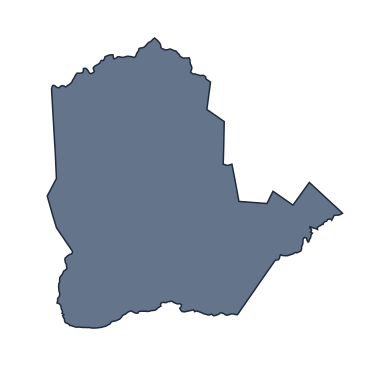 outline of Macaúbas, Bahia, Brazil, rotated 277°
{"feature_id": "56859067B64074921984300", "entity_name": "Macaúbas", "entity_type": "district", "adm_level": 2, "iso_a3": "BRA", "parent_name": "Brazil", "parent_adm1": "Bahia", "projection": "mercator", "projection_center": [-42.712, -13.173], "detail": "fine", "context": "isolated", "style": "filled", "palette": "slate", "viewbox_px": 384, "rotation_deg": 277, "n_neighbors": 0, "source": "geoboundaries", "source_scale": "gbopen_adm2", "svg_char_len": 4082}
<svg xmlns="http://www.w3.org/2000/svg" viewBox="0 0 384 384"><g transform="rotate(277 192 192)"><path d="M75.8,252.1L89.8,259.4L94.5,261.9L113.4,271.8L132.4,281.9L134.3,282.9L134.9,284.7L135.4,286.2L136.9,286.8L138.7,287.0L140.4,287.4L140.0,289.1L140.0,291.0L140.4,294.5L141.3,296.3L142.1,298.2L143.2,300.3L144.6,301.8L144.3,303.3L145.2,304.7L145.9,306.0L146.8,307.3L149.0,307.7L151.1,307.5L153.9,308.3L156.4,308.2L158.5,307.9L160.6,309.1L160.4,311.1L158.2,312.0L156.4,313.3L157.6,314.2L159.3,314.4L160.7,315.2L162.3,315.4L163.9,315.4L165.9,316.5L166.7,314.4L167.9,315.3L169.6,315.1L170.6,313.4L172.0,313.3L171.5,315.1L171.0,317.2L170.7,319.3L170.2,321.2L171.9,320.6L173.2,321.8L174.3,323.5L175.4,324.7L176.0,326.1L177.4,326.2L178.8,327.6L179.3,329.0L181.1,329.9L181.9,331.5L182.0,333.1L181.0,334.1L183.4,335.0L186.0,335.9L186.7,337.9L186.7,339.5L187.2,340.8L188.0,342.4L189.3,344.0L204.2,323.3L215.8,307.3L191.3,293.8L202.6,272.3L189.7,267.8L188.4,239.7L207.3,233.8L211.4,232.5L224.5,228.2L223.6,226.3L222.9,224.8L222.7,223.0L223.3,220.9L223.4,219.5L228.0,219.2L242.5,217.8L265.8,215.4L268.9,209.6L275.7,196.7L303.4,197.0L305.8,192.2L308.1,191.4L309.2,189.2L308.9,187.5L308.6,185.9L309.1,183.0L309.5,180.7L309.4,178.6L310.5,176.1L312.2,176.3L314.2,176.8L316.2,176.5L319.2,174.7L321.2,174.1L323.0,173.9L324.9,172.7L324.3,170.5L324.2,168.7L323.8,167.0L324.5,165.3L325.0,163.9L326.6,162.8L328.5,160.6L330.0,158.8L330.1,156.9L331.0,154.5L331.3,152.7L330.4,150.7L329.6,148.2L330.3,146.8L330.6,145.0L331.6,143.5L333.7,143.0L335.4,142.2L337.0,140.7L338.2,139.3L339.3,137.6L340.3,136.2L338.9,134.6L337.1,133.4L335.9,132.0L334.9,130.4L333.2,129.3L331.5,128.2L330.4,127.3L329.1,125.4L328.6,123.0L327.7,121.9L325.6,121.7L324.3,120.9L323.0,120.3L321.3,119.9L319.5,119.4L318.5,118.1L318.9,116.0L319.0,113.8L318.9,111.2L317.9,109.0L317.3,107.4L317.1,105.3L317.5,103.4L317.1,101.7L315.6,100.3L314.7,98.4L315.8,97.5L318.5,96.9L318.4,95.4L317.8,93.2L317.1,91.6L315.5,89.1L313.2,88.7L311.8,88.1L311.5,85.8L308.6,84.7L306.7,82.4L305.2,80.2L303.0,78.8L301.4,79.4L299.7,80.4L297.9,78.9L297.1,76.6L298.0,75.3L299.4,74.2L301.0,73.0L301.8,71.1L301.4,69.2L299.8,69.3L298.4,69.4L297.0,68.7L296.3,66.4L296.0,63.5L294.1,62.2L292.6,61.7L291.2,61.2L288.5,60.0L286.4,59.3L284.9,58.2L283.7,57.0L282.5,55.5L280.8,53.8L281.6,52.2L281.7,49.5L279.4,47.5L279.2,45.4L280.2,43.7L281.0,42.5L280.7,40.8L279.3,40.3L277.2,40.0L221.2,50.2L213.7,51.6L188.8,55.8L170.4,48.8L150.9,57.0L139.9,61.9L129.5,71.0L118.6,80.5L116.8,80.6L115.7,79.7L115.2,78.3L113.8,76.6L112.3,75.3L110.9,74.1L109.1,74.1L106.6,74.9L104.8,76.1L102.9,76.6L100.4,77.1L98.7,75.3L97.7,74.2L96.3,73.8L94.8,73.4L92.8,72.2L91.2,71.3L88.9,71.2L86.8,71.6L84.8,71.0L82.1,71.1L77.6,72.0L76.0,72.8L74.2,73.2L72.2,73.0L69.8,71.6L68.4,71.8L66.9,71.8L65.4,71.5L65.1,73.0L64.4,74.7L62.2,76.0L60.0,76.5L58.7,77.5L57.2,78.1L55.8,77.7L54.6,79.7L53.7,78.7L52.0,79.5L50.6,80.7L48.8,81.2L47.0,82.1L46.4,83.8L46.0,85.7L44.7,86.8L44.6,88.8L44.2,90.7L43.9,92.1L43.7,93.7L44.1,95.5L44.2,97.7L44.2,100.2L44.5,102.0L44.6,104.0L44.9,106.0L44.9,107.5L44.8,109.2L45.0,111.2L45.5,114.2L46.1,116.5L46.7,118.9L47.7,121.0L48.2,122.7L49.1,123.8L50.0,125.0L51.0,126.6L53.3,127.7L54.0,129.4L54.6,131.5L55.5,133.1L57.0,135.7L59.1,137.2L61.4,138.5L62.4,140.3L63.3,141.5L64.5,142.5L65.7,144.1L66.6,146.3L65.8,148.1L65.1,150.0L64.9,151.4L65.1,153.0L66.9,153.9L67.5,155.8L67.7,158.0L68.0,160.6L68.0,162.3L68.4,164.1L69.3,166.1L69.7,168.1L70.1,169.6L71.0,170.9L72.4,171.8L73.5,173.2L75.1,175.1L76.7,174.4L78.1,175.0L79.0,176.6L78.9,178.0L78.9,179.5L80.2,181.5L80.5,183.2L81.2,185.2L80.2,187.2L79.6,189.3L79.1,191.0L79.6,193.6L78.8,195.3L77.0,195.3L75.2,194.0L73.5,195.0L72.1,196.7L72.1,198.9L72.5,200.5L73.2,202.1L73.7,203.8L74.2,205.2L74.8,206.6L75.1,208.0L73.5,209.3L74.4,210.8L74.3,212.4L73.8,214.4L73.3,216.5L72.8,217.8L72.5,219.4L72.3,221.4L71.8,223.0L72.3,224.7L73.2,226.3L71.8,228.5L72.5,230.7L73.3,232.3L74.0,233.6L75.2,234.4L75.7,236.3L74.9,238.8L74.1,240.3L74.0,241.9L74.8,243.9L75.9,246.0L76.0,248.3L75.6,250.0L75.8,252.1Z" fill="#64748b" stroke="#1e293b" stroke-width="1.5"/></g></svg>